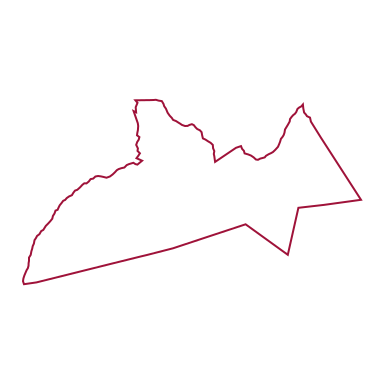 the district of Ipaporanga, Ceará, Brazil
{"feature_id": "56859067B52253098502550", "entity_name": "Ipaporanga", "entity_type": "district", "adm_level": 2, "iso_a3": "BRA", "parent_name": "Brazil", "parent_adm1": "Ceará", "projection": "natural_earth1", "projection_center": [-40.841, -4.904], "detail": "fine", "context": "isolated", "style": "outline", "palette": "rose", "viewbox_px": 384, "rotation_deg": 0, "n_neighbors": 0, "source": "geoboundaries", "source_scale": "gbopen_adm2", "svg_char_len": 2235}
<svg xmlns="http://www.w3.org/2000/svg" viewBox="0 0 384 384"><path d="M135.4,100.3L137.5,102.8L135.7,107.2L136.1,112.3L133.6,111.1L137.8,123.2L138.2,126.0L137.9,130.1L137.3,133.0L137.0,135.3L139.4,137.1L138.7,139.7L137.2,142.0L136.2,144.9L137.9,148.4L137.5,150.9L139.9,153.3L138.3,155.8L136.5,158.2L142.1,160.7L137.4,164.6L135.4,164.1L133.4,162.8L131.0,163.5L129.0,164.1L126.7,165.1L124.4,167.5L121.3,168.2L118.6,169.1L116.8,170.2L114.9,172.3L112.7,174.4L109.9,176.5L106.5,177.7L103.3,176.9L101.0,176.4L98.1,176.0L95.4,176.5L93.2,178.6L90.6,179.1L88.8,181.5L86.5,183.4L84.3,183.3L82.4,184.8L80.0,187.4L77.3,189.8L75.0,190.6L73.4,192.7L71.9,195.2L69.1,196.4L66.7,198.1L65.2,199.9L63.2,200.8L61.5,203.1L59.7,205.3L58.6,207.5L57.6,209.8L55.5,210.6L54.5,213.5L52.9,216.0L52.3,218.7L50.2,221.3L48.1,223.6L45.8,225.9L43.3,229.9L41.2,231.1L39.4,234.2L37.1,235.9L35.8,238.3L34.5,240.2L33.9,243.6L32.7,246.2L32.2,248.7L31.4,251.2L30.7,254.9L29.0,257.6L29.0,260.9L28.6,263.1L28.5,265.8L27.8,268.3L26.7,270.0L25.7,272.3L24.4,275.4L23.4,278.5L23.0,281.2L24.0,284.2L36.5,282.4L111.5,263.7L140.6,256.5L146.9,255.0L173.0,248.3L202.9,238.4L245.6,224.3L287.8,254.8L298.4,207.8L323.9,204.9L361.0,199.8L322.3,139.8L321.0,137.8L310.9,121.6L310.0,117.6L307.0,116.2L305.8,114.4L304.1,112.5L303.3,108.4L302.9,104.5L301.3,106.4L299.2,107.5L297.5,108.9L296.2,112.1L294.9,113.8L293.2,115.1L291.6,116.9L290.0,119.1L289.7,121.5L287.8,124.9L285.0,129.5L284.5,132.6L283.7,135.0L282.6,136.8L280.9,138.9L280.1,141.7L279.2,144.0L278.0,146.8L275.3,149.8L273.0,152.0L271.1,153.1L268.7,154.2L266.0,155.8L264.7,157.4L262.2,158.1L260.2,158.6L258.0,159.8L255.9,159.5L253.7,157.4L250.9,155.5L248.1,154.4L244.6,153.4L243.9,150.8L242.1,148.9L241.0,146.1L236.0,147.8L215.1,161.9L214.7,159.1L214.3,156.2L213.8,154.0L214.3,151.1L213.1,148.3L212.8,144.9L210.6,142.8L208.2,141.4L205.5,139.6L202.9,138.4L202.1,135.1L201.6,132.2L199.9,130.3L197.2,129.0L195.5,127.3L193.8,125.1L191.9,124.2L189.5,124.9L187.6,125.9L185.0,126.0L181.9,124.9L180.2,123.7L178.4,122.6L176.1,121.1L173.1,119.9L171.8,117.9L169.7,115.7L167.6,112.7L165.9,108.6L164.2,106.2L163.5,103.9L161.8,101.1L158.6,100.6L155.9,99.8L153.6,100.0L150.2,100.1L135.4,100.3Z" fill="none" stroke="#9f1239" stroke-width="2"/></svg>